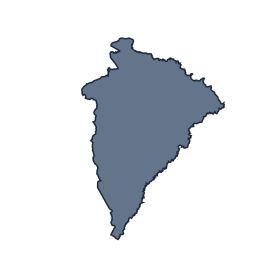 the district of Wassa Amenfi East, Western, Ghana, rotated 224°
{"feature_id": "2480657B15365927336493", "entity_name": "Wassa Amenfi East", "entity_type": "district", "adm_level": 2, "iso_a3": "GHA", "parent_name": "Ghana", "parent_adm1": "Western", "projection": "mercator", "projection_center": [-2.086, 5.877], "detail": "fine", "context": "isolated", "style": "filled", "palette": "slate", "viewbox_px": 256, "rotation_deg": 224, "n_neighbors": 0, "source": "geoboundaries", "source_scale": "gbopen_adm2", "svg_char_len": 5759}
<svg xmlns="http://www.w3.org/2000/svg" viewBox="0 0 256 256"><g transform="rotate(224 128 128)"><path d="M74.9,211.5L75.5,211.1L76.5,212.5L76.6,211.3L77.9,210.2L81.2,211.3L81.8,211.2L83.8,211.7L85.2,212.8L89.1,212.7L90.5,213.8L92.5,213.2L94.6,213.2L95.4,213.4L96.0,215.0L96.4,215.0L97.3,215.9L98.2,215.0L99.1,213.0L100.5,212.0L102.2,212.8L104.3,212.5L106.3,213.4L107.6,216.7L108.6,216.1L108.6,215.1L109.3,213.9L109.3,211.8L109.9,210.8L112.0,210.0L112.6,209.2L112.4,208.6L114.3,207.4L117.0,207.3L118.7,208.6L119.0,209.0L119.0,211.5L119.7,211.6L120.3,210.4L119.9,209.3L120.1,208.4L121.8,207.4L121.9,206.8L122.6,206.7L124.8,206.9L124.9,207.8L126.3,208.0L126.4,208.8L127.5,209.3L128.1,208.9L128.5,209.1L128.4,208.8L129.7,208.1L130.5,208.2L132.0,207.4L133.3,208.6L133.4,209.6L134.0,210.4L135.4,209.7L135.6,210.8L136.7,209.6L137.9,210.8L138.7,210.8L139.5,209.5L139.1,208.7L140.3,209.4L141.9,208.7L143.2,209.1L143.7,208.3L145.0,208.4L145.3,207.6L145.9,207.6L145.5,206.6L146.2,206.6L146.0,206.3L146.4,206.2L147.0,204.6L146.3,203.2L146.6,202.7L147.1,202.2L147.8,202.0L148.5,202.5L148.8,202.1L150.2,201.9L150.1,200.7L150.4,200.9L150.3,200.6L150.7,200.3L152.3,199.7L152.4,198.3L153.1,198.1L154.1,199.2L155.6,198.1L156.8,195.6L157.5,195.8L158.5,195.4L159.3,196.0L160.2,195.9L160.9,196.8L161.6,196.8L162.6,197.5L163.5,196.4L164.2,196.4L165.2,194.9L166.8,194.7L168.5,193.1L168.5,192.5L172.1,191.1L172.2,190.2L172.6,190.4L172.7,189.9L173.9,189.7L174.6,188.7L175.6,188.6L176.0,189.0L177.0,188.1L179.5,188.3L180.4,188.0L180.6,188.8L181.0,188.5L181.1,189.0L181.8,189.1L182.4,189.7L182.4,190.3L183.3,190.8L183.0,191.5L184.4,194.4L186.1,195.0L187.1,194.3L188.8,193.8L189.8,193.2L191.7,190.4L194.4,188.8L195.6,187.4L196.0,186.2L195.5,185.2L195.9,182.7L197.9,179.3L198.3,177.6L198.2,176.6L197.4,175.3L187.6,177.8L187.2,177.2L187.7,176.9L187.9,176.0L188.8,175.5L188.4,174.8L188.5,173.9L189.7,174.0L189.5,172.8L190.3,172.6L190.7,171.8L191.7,172.3L192.8,171.3L193.2,170.5L192.7,169.2L189.3,166.5L183.0,165.7L177.5,164.5L176.4,163.8L178.8,160.4L179.1,160.6L179.9,159.1L181.7,158.0L183.3,158.3L183.6,157.6L183.1,157.4L183.3,155.8L181.9,155.1L181.4,156.1L181.1,156.2L180.6,155.1L181.1,154.8L180.8,154.3L178.4,151.5L179.0,151.3L179.7,151.7L180.2,150.3L179.9,149.6L182.6,146.3L182.3,144.2L185.2,138.4L185.5,135.5L186.3,135.0L188.0,131.3L188.5,130.9L187.9,129.6L188.5,127.3L188.1,123.9L187.7,123.3L185.6,122.0L185.4,121.2L184.5,120.6L183.0,120.3L183.0,121.7L181.0,121.9L180.1,121.2L179.8,120.2L179.3,119.8L175.4,121.9L174.7,124.2L173.7,124.9L173.4,124.5L172.6,124.5L170.3,125.7L168.0,124.1L167.0,123.9L165.6,121.9L164.2,121.1L164.3,117.6L163.0,115.2L162.0,114.7L159.3,114.7L159.0,113.4L157.0,111.1L156.5,109.6L157.4,108.2L153.5,107.3L151.2,106.4L150.6,105.2L149.5,104.7L148.5,102.5L147.6,102.0L147.1,101.3L147.7,99.0L147.6,97.5L146.2,95.2L145.9,93.0L144.5,93.4L142.8,92.7L142.2,91.6L140.4,89.6L138.7,88.4L138.0,87.2L136.1,86.5L132.9,84.3L132.5,82.2L130.3,80.5L127.0,79.3L124.8,79.6L121.8,78.5L120.8,76.1L118.7,73.6L117.7,73.1L116.9,73.3L114.4,71.8L113.1,71.8L112.1,71.0L110.9,71.2L112.2,69.1L112.2,68.1L108.6,64.1L85.3,57.1L82.0,57.6L81.6,56.7L81.7,54.8L81.0,54.2L79.9,54.4L79.1,53.5L78.6,53.5L77.4,52.7L75.4,50.4L74.8,48.3L71.9,47.0L69.7,48.3L68.4,47.9L68.2,46.0L66.1,39.3L63.4,40.2L61.4,40.4L60.5,40.1L57.7,41.0L58.1,43.2L58.8,44.0L58.4,44.4L59.6,45.8L57.8,47.9L57.7,48.9L60.1,50.1L60.5,51.7L60.3,52.9L61.7,54.0L62.0,55.5L62.6,55.8L62.7,57.6L63.3,58.0L62.8,58.8L62.7,60.1L63.2,60.5L62.8,61.4L63.4,61.7L64.2,63.4L64.6,63.5L64.3,64.8L63.6,65.5L62.8,65.6L63.4,68.0L63.2,68.4L63.6,69.0L62.7,69.5L62.7,70.4L63.5,71.2L62.7,72.7L64.0,74.6L63.8,74.8L64.1,75.0L64.4,76.3L64.7,76.3L64.1,77.3L64.9,78.0L64.8,79.7L65.6,79.8L66.4,81.2L66.0,81.4L66.5,82.0L66.4,82.9L65.5,84.6L66.0,84.3L67.4,84.9L68.3,87.1L68.5,86.9L69.4,87.2L68.9,88.4L68.1,89.1L69.2,89.6L69.4,89.4L69.6,89.9L70.1,89.6L71.1,92.6L72.6,93.0L72.8,92.6L73.2,92.7L73.2,93.2L72.7,93.4L72.7,94.1L73.4,94.4L72.9,94.9L73.5,95.4L73.8,94.8L74.3,94.8L74.5,95.9L74.1,96.6L74.9,97.9L74.8,98.4L75.4,98.1L75.5,98.8L75.0,99.4L76.2,100.7L75.0,100.4L74.7,100.8L74.6,101.3L75.1,101.9L75.0,102.3L74.4,102.6L74.5,103.4L75.0,104.4L74.3,105.7L74.4,107.3L74.0,108.5L73.6,108.6L73.9,110.3L75.1,109.8L75.5,110.2L74.4,111.7L75.0,111.7L75.4,112.4L74.5,113.3L74.8,113.9L74.0,114.2L75.2,114.9L74.8,115.2L75.3,116.9L74.9,117.9L75.5,118.6L75.4,119.1L74.0,118.7L73.6,119.1L73.5,119.9L74.0,120.3L73.6,120.9L73.3,120.4L73.2,121.6L74.3,122.6L74.6,123.4L73.7,123.8L73.6,124.6L73.1,124.1L72.5,125.6L72.6,126.0L73.6,126.3L73.3,126.8L75.2,129.8L74.9,131.1L75.7,132.1L74.4,132.3L73.6,133.0L74.4,135.5L73.9,136.2L73.5,135.8L74.0,135.7L73.5,135.4L73.1,135.4L72.7,136.0L73.4,136.4L73.2,139.1L74.1,141.2L73.3,141.4L73.1,142.0L73.9,142.6L73.8,143.3L74.6,143.7L74.5,144.2L74.9,144.0L74.9,144.8L75.8,144.6L76.1,144.9L75.5,146.4L76.4,148.7L77.1,148.6L78.9,149.5L79.2,150.4L78.8,151.8L78.0,152.2L76.9,152.4L76.3,151.4L75.4,153.4L75.0,152.7L74.0,152.6L73.1,153.6L72.9,153.4L71.9,155.8L73.7,158.6L73.5,159.4L74.5,161.6L75.7,162.4L76.7,161.8L77.2,162.3L77.3,162.7L76.4,163.4L76.1,164.7L76.9,165.3L77.1,166.3L79.4,165.5L80.0,165.7L79.6,167.5L80.5,167.4L81.3,168.2L82.8,168.5L83.7,169.6L83.3,170.1L83.5,170.5L83.2,172.1L83.6,173.1L83.3,173.5L82.5,173.8L81.9,174.8L83.7,175.7L83.4,176.1L83.5,177.4L81.6,178.9L80.2,182.2L79.5,182.6L79.0,183.7L80.2,186.3L80.2,187.2L81.5,188.7L81.0,188.9L80.3,190.8L81.2,192.9L80.8,193.3L81.3,193.6L81.0,194.1L79.8,194.5L80.1,196.0L78.7,196.0L78.8,196.7L78.1,196.6L77.5,197.1L76.5,197.1L76.3,197.9L76.7,198.3L76.5,199.1L76.8,200.0L75.1,199.6L74.1,200.0L74.1,200.8L74.6,201.6L74.7,203.4L76.0,205.4L75.2,205.4L74.3,206.1L74.2,206.8L74.6,207.4L73.6,208.7L74.0,209.2L73.5,210.0L74.3,210.2L74.9,211.5Z" fill="#64748b" stroke="#1e293b" stroke-width="1.5"/></g></svg>